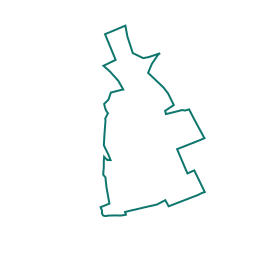 Chacsinkín, Yucatán, Mexico (Mercator projection), rotated 331°
{"feature_id": "50627088B83026580761392", "entity_name": "Chacsinkín", "entity_type": "district", "adm_level": 2, "iso_a3": "MEX", "parent_name": "Mexico", "parent_adm1": "Yucatán", "projection": "mercator", "projection_center": [-89.035, 20.208], "detail": "fine", "context": "isolated", "style": "outline", "palette": "teal", "viewbox_px": 256, "rotation_deg": 331, "n_neighbors": 0, "source": "geoboundaries", "source_scale": "gbopen_adm2", "svg_char_len": 1881}
<svg xmlns="http://www.w3.org/2000/svg" viewBox="0 0 256 256"><g transform="rotate(331 128 128)"><path d="M189.9,174.0L190.0,165.8L190.0,164.8L190.0,160.6L190.2,150.2L190.2,149.4L190.5,141.4L186.2,140.3L184.2,138.6L181.2,137.8L175.8,136.4L167.9,134.2L168.8,131.0L179.2,130.1L179.8,117.3L178.7,109.8L172.3,89.5L179.8,83.6L189.7,78.5L192.3,78.2L180.8,76.1L175.2,74.3L168.5,64.8L171.8,47.8L175.3,37.2L153.4,34.8L152.6,41.6L150.2,62.4L136.7,61.7L139.8,70.5L140.1,72.0L142.4,82.1L142.4,83.6L142.5,92.0L140.9,91.5L130.2,88.7L124.7,93.7L118.8,95.4L117.8,98.9L117.3,101.7L117.6,105.4L112.7,108.7L112.0,110.5L105.0,121.1L98.5,131.4L98.0,140.1L98.0,140.9L98.0,141.0L97.2,147.6L94.3,145.9L94.3,145.1L93.7,143.9L93.2,141.6L91.1,144.8L90.8,145.2L87.6,150.9L83.7,156.7L84.3,160.4L82.7,164.0L80.2,170.1L75.1,185.1L65.7,184.0L65.5,185.2L65.4,186.5L65.3,187.2L65.1,187.9L64.6,188.8L64.3,189.2L64.0,189.6L63.9,189.8L63.9,190.4L63.8,190.9L63.8,191.5L63.7,192.1L64.2,192.9L64.4,193.2L65.1,193.7L65.9,194.2L67.3,194.8L68.1,194.9L69.1,195.5L69.5,195.7L70.7,196.3L71.2,196.6L71.6,196.8L72.2,197.1L72.8,197.4L73.8,197.9L74.5,198.3L75.4,198.8L76.7,199.6L78.8,200.8L80.4,201.6L81.8,202.0L83.2,202.5L84.2,202.8L84.3,202.4L84.7,200.0L87.9,200.9L88.5,201.0L90.2,201.5L91.3,201.8L93.0,202.3L94.9,202.9L96.1,203.2L96.8,203.4L100.7,204.5L101.4,204.7L102.5,205.0L103.8,205.3L104.6,205.6L105.6,205.9L106.5,206.1L107.0,206.3L108.2,206.6L109.2,206.9L110.2,207.2L110.9,207.4L112.4,207.9L114.4,208.4L116.2,209.0L116.6,209.0L117.5,209.0L118.5,209.0L121.4,209.1L123.0,209.1L123.9,209.2L125.6,209.2L125.6,214.2L125.6,214.9L125.6,216.2L156.8,220.5L157.5,220.6L158.7,220.5L159.8,220.6L160.6,220.7L162.2,220.9L162.9,221.0L163.5,221.1L164.1,221.2L165.4,197.6L165.4,197.2L165.0,197.2L164.9,197.1L158.0,196.6L158.6,190.3L159.1,185.4L160.7,170.3L184.4,173.4L189.9,174.0Z" fill="none" stroke="#0f766e" stroke-width="2"/></g></svg>